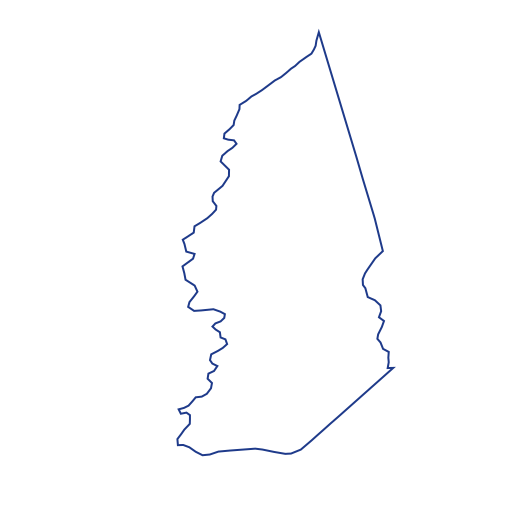 Davinópolis, Maranhão, Brazil (Equal Earth projection), rotated 255°
{"feature_id": "56859067B28644179345725", "entity_name": "Davinópolis", "entity_type": "district", "adm_level": 2, "iso_a3": "BRA", "parent_name": "Brazil", "parent_adm1": "Maranhão", "projection": "equal_earth", "projection_center": [-47.302, -5.583], "detail": "fine", "context": "isolated", "style": "outline", "palette": "blue", "viewbox_px": 512, "rotation_deg": 255, "n_neighbors": 0, "source": "geoboundaries", "source_scale": "gbopen_adm2", "svg_char_len": 1897}
<svg xmlns="http://www.w3.org/2000/svg" viewBox="0 0 512 512"><g transform="rotate(255 256 256)"><path d="M258.0,182.3L251.3,181.8L243.3,189.1L236.7,190.2L233.2,185.9L228.7,179.8L224.4,177.3L219.0,182.0L217.6,189.0L215.6,201.1L211.5,207.1L207.9,210.9L204.4,209.3L202.0,204.9L201.4,199.3L199.1,195.7L195.4,198.0L191.7,201.4L186.5,200.7L183.4,204.9L178.4,205.3L175.8,200.1L174.2,194.7L172.6,187.3L167.3,184.6L163.4,186.0L159.7,190.2L155.8,185.7L154.7,179.6L150.0,177.5L144.7,180.6L139.9,178.3L135.6,172.8L134.2,167.2L135.1,161.2L132.3,157.3L128.9,152.1L127.9,147.1L127.9,141.6L123.1,142.6L122.7,148.3L119.4,151.0L115.6,150.0L111.0,148.6L106.9,141.9L103.3,137.6L99.5,132.7L93.5,131.6L92.3,136.8L88.5,142.1L82.5,147.1L77.4,152.8L76.2,160.0L76.8,169.1L74.8,180.6L70.1,205.4L67.4,212.1L62.0,222.9L57.3,233.1L56.1,238.7L57.4,249.2L60.4,255.5L63.6,262.2L66.2,267.3L70.7,276.3L75.0,284.8L79.0,293.0L112.4,359.6L113.7,354.2L119.0,356.7L123.5,357.5L129.0,359.4L133.4,354.7L140.2,353.9L144.6,351.8L148.7,353.7L154.9,359.2L160.1,362.8L165.0,358.9L170.3,362.6L176.1,363.4L182.5,359.4L187.4,353.3L196.6,353.3L200.3,351.8L205.9,353.0L211.0,356.8L214.0,360.1L222.9,370.6L227.9,379.8L261.2,380.4L265.6,380.3L302.9,379.1L325.9,378.6L455.9,374.6L448.4,370.1L443.6,368.0L440.5,365.4L437.1,361.9L435.2,356.2L432.3,348.3L429.4,342.9L427.9,338.4L424.9,332.3L422.3,326.4L420.7,319.7L414.6,304.5L412.5,297.9L411.3,292.9L408.4,286.7L406.2,279.3L402.1,278.0L396.5,273.6L392.4,270.1L388.3,268.3L385.4,263.4L382.4,257.2L378.0,255.4L375.6,259.2L373.4,264.7L369.4,266.2L366.6,261.2L364.7,255.7L361.6,249.4L356.5,246.3L346.3,252.3L340.1,250.5L332.4,241.8L327.9,231.9L324.7,229.4L320.1,228.4L314.6,230.7L311.1,229.4L308.0,224.5L305.1,218.7L302.3,210.3L300.6,204.3L294.7,201.9L292.1,194.0L290.7,189.5L286.1,190.0L278.3,189.8L273.9,197.2L269.7,194.5L265.0,182.3L258.0,182.3Z" fill="none" stroke="#1e3a8a" stroke-width="2"/></g></svg>